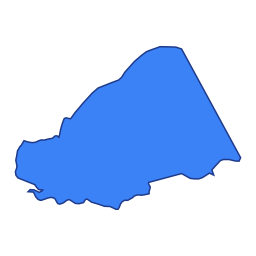 outline of Natividad, Oaxaca, Mexico
{"feature_id": "50627088B30412842807329", "entity_name": "Natividad", "entity_type": "district", "adm_level": 2, "iso_a3": "MEX", "parent_name": "Mexico", "parent_adm1": "Oaxaca", "projection": "orthographic", "projection_center": [-96.43, 17.303], "detail": "fine", "context": "isolated", "style": "filled", "palette": "blue", "viewbox_px": 256, "rotation_deg": 0, "n_neighbors": 0, "source": "geoboundaries", "source_scale": "gbopen_adm2", "svg_char_len": 2063}
<svg xmlns="http://www.w3.org/2000/svg" viewBox="0 0 256 256"><path d="M240.6,157.7L181.6,49.0L175.9,47.1L170.5,46.9L165.6,46.8L160.1,46.7L152.1,49.5L146.6,51.6L142.2,54.8L134.6,61.3L125.0,72.0L121.8,77.1L118.7,80.0L112.0,82.5L104.7,85.4L98.1,88.0L92.1,93.2L87.3,98.5L82.8,103.4L78.9,108.1L75.5,112.0L70.9,118.4L70.4,118.7L68.3,118.4L66.1,117.8L64.2,118.6L62.5,123.0L61.2,127.3L60.3,131.0L59.5,135.2L58.8,137.3L58.5,137.3L58.1,136.4L57.3,136.0L56.3,135.8L54.8,136.1L54.7,136.2L53.4,137.4L52.5,138.3L48.8,138.9L44.0,140.1L41.5,139.9L41.3,139.9L38.4,140.9L35.7,142.2L33.6,142.5L33.2,142.6L30.8,142.5L27.4,141.8L24.0,140.7L21.4,145.1L19.9,146.7L19.8,146.8L17.6,150.7L17.5,150.8L16.7,155.8L15.8,160.2L16.9,165.7L16.8,167.5L16.3,169.1L15.4,171.8L16.0,175.4L16.1,175.5L18.1,178.0L35.0,184.7L35.0,185.1L35.2,185.4L35.5,185.8L36.2,186.7L37.8,188.7L38.9,189.7L40.7,189.8L42.7,190.0L41.9,190.9L41.0,191.3L39.3,192.4L34.1,189.9L30.2,189.6L28.1,191.7L33.5,192.1L35.4,196.1L35.8,196.9L37.9,199.3L40.0,200.2L40.5,200.3L41.3,200.3L42.7,199.8L45.0,199.1L45.9,198.7L48.0,198.0L50.7,197.4L50.9,197.4L53.4,197.8L53.5,197.8L55.1,199.0L55.3,199.3L56.5,201.5L57.7,203.5L59.6,204.1L60.9,203.8L62.8,203.1L63.1,202.9L63.6,202.7L66.9,200.2L67.1,200.1L69.1,199.7L69.3,199.6L69.5,199.7L75.4,203.4L79.0,203.7L83.5,202.6L85.4,199.6L85.5,199.5L85.7,199.4L86.9,199.1L87.1,199.1L89.8,200.9L91.4,202.1L98.5,204.2L104.5,206.3L109.8,206.5L110.0,206.5L116.0,209.3L118.1,209.2L119.3,207.2L119.8,205.9L120.4,204.2L122.0,201.9L122.1,201.7L124.4,200.4L124.6,200.3L127.8,200.3L132.7,197.6L134.1,196.1L137.0,195.0L139.1,195.0L141.3,195.2L142.9,195.0L144.3,194.8L146.5,194.3L147.9,194.1L149.2,193.6L149.0,192.3L149.2,191.3L149.8,189.2L150.2,187.4L150.1,186.6L149.5,185.5L148.9,184.7L148.6,183.6L148.5,182.8L148.7,182.4L172.8,175.9L178.1,174.5L181.7,173.6L188.8,177.6L190.4,178.4L193.7,178.8L198.6,178.9L202.4,177.6L209.5,173.1L210.3,173.5L213.7,175.1L211.9,169.9L215.5,165.8L220.5,160.5L223.5,159.5L228.9,159.5L235.3,161.0L239.0,161.2L240.6,157.7Z" fill="#3b82f6" stroke="#1e3a8a" stroke-width="1.5"/></svg>